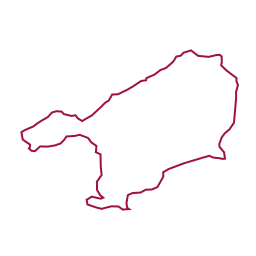 the district of Letymvou, Paphos, Cyprus, rotated 95°
{"feature_id": "46923920B68509889171305", "entity_name": "Letymvou", "entity_type": "district", "adm_level": 2, "iso_a3": "CYP", "parent_name": "Cyprus", "parent_adm1": "Paphos", "projection": "natural_earth1", "projection_center": [32.523, 34.848], "detail": "fine", "context": "isolated", "style": "outline", "palette": "rose", "viewbox_px": 256, "rotation_deg": 95, "n_neighbors": 0, "source": "geoboundaries", "source_scale": "gbopen_adm2", "svg_char_len": 1538}
<svg xmlns="http://www.w3.org/2000/svg" viewBox="0 0 256 256"><g transform="rotate(95 128 128)"><path d="M47.1,43.0L47.7,46.6L50.1,53.7L50.0,64.4L45.2,72.0L48.2,79.3L51.4,81.8L52.6,86.1L57.8,88.6L61.5,92.1L65.0,95.5L67.4,100.7L72.5,106.3L76.7,114.0L78.9,114.2L80.0,119.0L82.4,122.0L86.1,126.6L90.1,132.3L91.9,135.3L95.3,141.0L96.0,146.7L102.3,149.5L104.8,152.9L110.7,157.9L118.7,165.2L122.0,170.1L125.1,174.3L122.7,178.9L119.9,181.4L120.9,185.2L119.7,193.2L117.5,195.5L117.5,200.6L119.2,205.1L124.2,208.9L126.0,211.5L128.5,215.1L131.1,218.5L134.8,222.6L136.3,225.4L139.1,230.6L141.4,233.8L144.0,233.1L148.6,231.9L150.1,229.5L153.1,224.1L155.8,224.1L157.0,224.9L159.1,222.2L159.2,218.7L154.0,213.9L153.5,206.1L151.7,199.3L149.3,193.8L145.8,190.9L141.8,188.5L140.6,180.6L139.0,175.5L141.4,166.9L145.6,163.2L148.6,157.9L154.9,157.9L156.6,153.1L168.5,151.8L177.2,150.2L184.2,154.3L192.6,153.4L197.7,149.5L199.6,146.6L200.8,149.0L199.6,158.2L203.2,163.0L207.7,161.7L210.0,152.5L210.8,147.2L209.0,142.2L207.5,137.8L207.0,130.8L209.7,126.1L208.7,119.9L207.6,121.8L203.1,123.0L194.9,122.3L192.4,117.7L191.2,109.9L187.9,104.9L187.2,98.9L184.2,93.5L173.4,88.6L169.0,89.1L165.3,83.9L158.2,69.0L153.1,56.1L151.3,51.6L148.6,44.6L150.0,40.7L150.1,35.1L150.5,31.0L150.1,28.7L149.6,28.8L143.8,30.2L138.9,35.1L136.1,35.7L129.2,33.8L125.1,31.3L120.4,26.7L113.5,22.9L106.2,22.9L98.3,22.9L88.9,22.9L82.6,23.5L75.6,22.2L71.9,24.1L68.7,24.3L65.5,29.6L61.8,35.3L57.4,40.7L54.8,40.3L48.6,40.9L47.1,43.0Z" fill="none" stroke="#9f1239" stroke-width="2"/></g></svg>